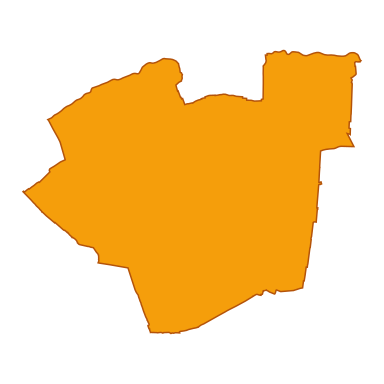 Dantumadiel, Friesland, Netherlands
{"feature_id": "6326949B33403867595269", "entity_name": "Dantumadiel", "entity_type": "district", "adm_level": 2, "iso_a3": "NLD", "parent_name": "Netherlands", "parent_adm1": "Friesland", "projection": "mercator", "projection_center": [5.992, 53.277], "detail": "fine", "context": "isolated", "style": "filled", "palette": "amber", "viewbox_px": 384, "rotation_deg": 0, "n_neighbors": 0, "source": "geoboundaries", "source_scale": "gbopen_adm2", "svg_char_len": 5723}
<svg xmlns="http://www.w3.org/2000/svg" viewBox="0 0 384 384"><path d="M302.6,287.9L303.5,280.9L304.2,280.9L305.1,275.2L306.2,267.1L307.3,267.2L307.6,264.4L307.8,264.2L309.9,247.9L310.2,247.7L311.2,239.4L310.9,239.1L311.3,237.1L311.5,236.8L313.2,222.5L313.7,222.1L314.3,221.9L315.1,221.9L316.2,222.1L317.3,209.3L317.7,209.3L317.8,207.8L316.8,207.8L318.7,184.8L319.7,184.4L320.3,184.5L321.6,183.9L321.0,181.9L319.7,182.4L318.9,182.4L319.4,172.2L319.7,168.0L319.8,167.6L319.7,167.6L319.7,166.1L320.6,151.0L323.3,150.0L325.9,149.4L329.9,148.9L334.1,148.6L335.6,148.1L338.7,146.7L340.1,146.4L341.7,146.3L352.9,146.6L353.9,146.6L347.2,133.5L349.0,134.0L349.6,134.0L350.2,134.5L350.4,128.6L349.0,128.1L349.3,121.8L349.8,121.7L350.7,121.6L350.9,115.6L351.1,114.0L351.5,104.8L351.6,101.3L352.2,84.1L352.1,83.7L352.1,83.1L351.6,82.8L351.4,82.5L351.8,81.3L352.2,80.1L351.9,79.3L351.2,78.6L351.1,77.8L352.7,77.1L354.6,75.6L355.9,74.5L356.1,73.6L355.5,66.3L355.0,66.3L354.7,62.5L355.9,61.6L357.7,61.9L358.9,61.9L359.0,61.7L360.0,61.9L360.1,61.5L361.0,60.7L360.5,60.3L360.0,59.5L358.3,55.5L357.9,54.9L357.3,54.3L354.7,52.9L353.4,52.7L351.8,52.7L350.3,52.9L349.3,53.3L346.4,55.3L345.6,55.8L343.4,56.2L341.2,56.2L337.3,55.9L334.5,55.3L332.4,55.1L331.4,55.0L327.6,55.1L324.7,54.7L323.5,54.3L319.6,52.7L318.6,52.5L316.8,52.5L313.7,53.2L307.4,55.5L306.5,55.7L305.9,55.7L303.9,55.4L302.9,55.1L298.6,52.4L294.9,51.9L293.0,51.8L292.2,51.9L291.7,52.1L289.3,54.2L288.6,54.4L287.7,54.3L287.2,54.1L286.7,53.6L285.7,51.7L285.2,51.1L284.4,50.6L283.5,50.5L282.9,50.6L280.8,51.7L279.3,52.1L278.3,52.1L275.6,51.6L274.7,51.7L273.9,52.1L272.9,53.1L271.7,53.7L269.8,53.6L269.0,53.4L268.5,53.5L267.1,53.6L267.1,55.1L265.4,55.1L265.8,58.5L265.9,59.0L265.9,59.3L266.2,60.7L265.7,62.8L265.2,63.4L264.8,64.2L264.5,64.4L263.8,65.4L263.3,65.8L263.2,66.7L263.3,67.2L263.2,73.5L263.3,76.5L263.3,83.6L263.1,99.0L261.4,99.4L261.4,100.8L257.3,101.0L254.4,101.1L251.2,100.3L246.7,100.2L246.6,98.4L242.6,98.1L242.6,96.8L236.2,96.3L233.5,95.5L232.9,95.4L229.1,95.5L227.1,94.8L225.5,94.3L223.3,94.2L220.9,94.7L220.4,94.6L217.5,95.2L215.3,95.5L215.3,95.2L209.8,95.4L208.6,95.6L205.0,96.9L205.2,97.8L202.8,98.2L201.4,98.7L201.5,98.9L201.4,98.9L201.4,99.1L200.2,99.6L198.4,100.0L196.7,100.7L195.7,101.1L194.2,102.0L192.7,103.1L192.4,103.1L192.2,102.9L188.3,103.8L187.2,103.8L185.2,104.5L184.8,104.6L182.6,98.5L181.6,98.9L181.0,97.3L180.5,97.3L178.1,90.9L177.6,91.2L177.1,89.6L175.9,85.1L178.8,82.4L179.4,82.0L181.2,81.2L181.4,81.0L181.3,80.7L181.8,79.6L182.2,78.3L182.0,76.0L182.1,75.6L182.4,74.6L181.8,73.9L181.5,73.0L181.3,72.8L180.7,72.6L180.2,72.2L179.7,68.5L179.0,66.4L178.9,65.6L178.5,64.1L178.5,63.6L178.1,63.3L176.2,61.2L174.9,60.5L172.6,59.5L170.4,59.1L165.7,58.8L164.1,58.5L162.6,58.9L159.9,60.5L156.1,62.4L153.6,63.1L152.4,63.2L149.9,62.7L148.4,63.0L147.5,63.4L146.2,64.1L143.7,66.1L142.4,67.2L142.0,67.9L141.1,69.8L140.3,71.3L140.1,71.4L140.1,71.5L139.5,72.7L138.9,73.3L138.3,73.7L137.2,73.8L135.9,73.5L134.7,73.4L133.2,73.6L131.9,74.1L129.9,75.2L122.9,77.9L120.3,79.2L118.3,79.8L117.1,79.8L115.2,79.4L114.2,79.3L112.8,79.5L111.1,80.3L107.5,82.3L101.5,84.5L99.1,85.7L95.6,86.9L92.3,88.0L92.0,88.3L91.4,89.3L90.7,91.7L89.8,92.5L89.1,92.8L86.4,93.5L85.2,94.1L84.1,94.9L82.8,96.6L81.3,98.0L80.1,98.8L78.6,99.4L77.3,99.8L76.6,100.1L74.9,101.3L73.5,102.6L71.7,104.1L69.2,105.5L67.3,106.2L65.9,107.0L63.8,108.5L61.4,110.8L58.6,112.9L56.6,114.1L54.7,115.0L53.6,115.9L52.1,117.4L51.5,117.9L47.8,119.6L48.4,120.2L48.9,121.0L52.9,128.7L58.1,138.0L59.8,141.4L60.3,142.7L65.2,159.8L60.4,162.0L54.4,166.1L51.0,168.1L49.7,169.0L49.5,169.4L49.3,170.7L49.9,171.9L39.4,182.3L39.2,182.4L38.8,182.0L36.8,183.0L33.9,185.5L32.0,186.8L29.2,189.0L28.7,188.7L26.7,190.1L24.6,192.0L23.6,191.2L23.0,191.7L31.2,200.1L33.5,202.7L35.0,204.1L36.3,205.8L39.2,208.5L39.8,209.4L41.0,210.5L41.3,210.9L42.0,212.1L42.3,212.0L46.4,215.9L54.7,222.9L55.0,222.5L62.7,229.3L63.8,230.2L64.8,230.3L64.9,230.6L65.1,230.6L65.5,230.9L67.4,232.7L67.7,232.4L69.5,234.8L70.7,235.8L71.5,236.8L71.5,236.7L74.3,238.5L75.1,239.1L76.0,240.0L76.6,240.7L77.2,242.0L77.7,242.9L78.1,243.4L78.3,243.6L78.2,243.6L78.8,244.2L79.1,244.4L80.0,244.7L88.0,246.5L88.7,246.5L89.3,246.6L90.4,247.1L93.4,247.7L96.4,252.2L97.9,253.9L98.4,255.3L98.5,255.3L98.5,255.5L98.6,256.0L98.7,258.6L98.6,259.6L98.8,260.0L98.8,260.5L98.7,261.1L98.4,262.1L98.1,262.8L99.3,263.1L109.7,264.7L128.0,267.9L135.1,289.8L136.1,292.0L137.3,293.9L137.9,294.6L138.2,295.3L138.7,297.2L139.4,299.0L140.0,300.9L140.9,302.9L141.3,304.6L142.3,307.2L143.5,311.0L144.7,314.1L145.7,316.8L146.7,318.7L147.3,320.3L147.2,320.4L148.0,321.6L148.2,322.5L148.6,323.0L149.0,323.8L149.1,324.5L148.8,325.2L148.5,325.5L148.0,325.5L147.9,325.7L149.0,328.8L149.6,329.0L149.6,329.5L149.7,330.2L150.5,332.3L150.5,332.5L151.5,332.4L152.4,332.5L154.1,332.5L154.8,332.6L156.4,332.6L157.5,332.8L160.6,332.4L161.7,332.6L162.9,333.1L163.5,332.6L169.1,332.4L170.2,333.0L170.9,333.5L172.2,333.0L173.6,333.2L175.5,332.7L179.7,332.9L179.5,332.0L179.5,331.8L180.3,331.4L184.0,330.9L184.8,330.7L186.4,330.4L188.7,329.5L193.5,328.3L195.7,327.9L197.8,327.3L197.7,327.2L198.6,326.8L199.8,325.9L201.3,324.9L203.7,323.9L218.6,315.5L225.3,311.8L226.6,311.0L229.4,309.5L236.1,306.1L245.3,301.1L253.0,296.4L252.9,296.2L254.1,295.7L255.4,294.9L256.4,294.4L257.3,294.4L258.7,294.9L260.7,295.3L261.0,295.3L261.0,294.4L262.2,294.3L262.4,294.2L263.1,291.5L263.1,291.2L263.3,291.2L263.3,290.9L263.5,290.7L264.4,290.7L266.5,290.0L266.8,290.5L267.8,290.9L269.5,292.0L274.2,293.9L274.6,294.0L274.8,293.9L275.2,293.2L275.7,291.8L276.0,290.5L276.1,290.2L276.4,290.0L276.6,290.0L280.7,291.6L293.7,290.5L294.1,290.3L296.7,289.5L300.0,288.4L302.6,287.9Z" fill="#f59e0b" stroke="#b45309" stroke-width="1.5"/></svg>